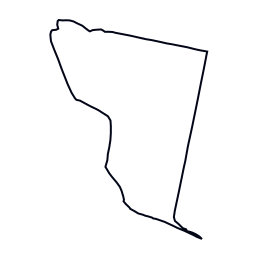 Shat Al-Arab, Al-Basrah, Iraq, rotated 12°
{"feature_id": "34846034B66422309861537", "entity_name": "Shat Al-Arab", "entity_type": "district", "adm_level": 2, "iso_a3": "IRQ", "parent_name": "Iraq", "parent_adm1": "Al-Basrah", "projection": "orthographic", "projection_center": [47.816, 30.719], "detail": "fine", "context": "isolated", "style": "outline", "palette": "ink", "viewbox_px": 256, "rotation_deg": 12, "n_neighbors": 0, "source": "geoboundaries", "source_scale": "gbopen_adm2", "svg_char_len": 1532}
<svg xmlns="http://www.w3.org/2000/svg" viewBox="0 0 256 256"><g transform="rotate(12 128 128)"><path d="M223.4,221.1L220.3,219.3L216.7,217.9L212.9,217.0L209.4,216.6L207.8,216.8L207.0,216.5L206.0,215.1L205.0,214.9L202.4,214.6L197.6,211.5L193.2,209.1L191.4,205.6L191.0,199.5L191.0,184.3L191.0,180.5L190.8,154.6L190.9,148.5L190.4,133.5L190.5,113.9L190.3,88.0L190.2,81.0L190.0,68.2L189.9,56.1L189.7,44.1L189.6,40.8L189.6,36.8L187.4,36.8L183.1,37.0L177.3,37.0L169.5,36.7L152.2,37.0L148.8,37.2L142.1,37.1L133.6,37.1L132.7,37.1L127.0,37.4L110.5,37.2L95.8,37.5L93.0,37.3L88.6,38.0L85.4,38.7L83.3,37.8L81.2,37.2L79.0,37.8L76.5,38.5L73.1,39.6L70.6,41.4L68.9,40.8L65.9,39.4L62.2,37.5L59.7,36.9L56.2,36.1L52.6,35.1L48.9,34.9L47.3,35.1L45.4,35.4L41.9,36.3L37.8,36.8L37.0,38.0L37.3,41.7L38.1,43.3L39.1,45.4L37.2,46.9L33.5,48.1L32.7,49.7L32.6,52.8L34.6,59.1L39.4,66.5L45.4,75.3L50.8,84.0L60.0,97.9L65.6,105.4L70.0,110.0L71.7,111.2L75.3,111.2L80.7,112.8L81.7,113.1L84.1,113.8L87.7,114.8L92.8,116.0L96.2,117.0L97.9,117.7L105.9,120.7L109.3,124.3L110.8,129.6L112.3,136.7L113.3,143.6L113.7,150.8L113.7,157.5L114.5,163.8L114.0,170.7L119.3,176.4L122.1,178.8L125.0,181.1L128.1,183.5L132.3,187.3L134.9,191.0L136.2,193.4L137.5,195.7L139.0,199.1L138.9,200.6L141.6,202.8L146.0,205.5L147.0,206.6L151.7,208.0L155.6,209.4L157.7,209.6L160.5,209.7L163.1,210.2L166.5,210.3L169.9,210.6L171.5,211.2L174.4,211.1L183.3,212.2L190.2,213.8L190.9,213.9L197.2,215.5L204.4,216.8L214.3,219.1L217.7,220.1L223.4,221.1Z" fill="none" stroke="#020617" stroke-width="2"/></g></svg>